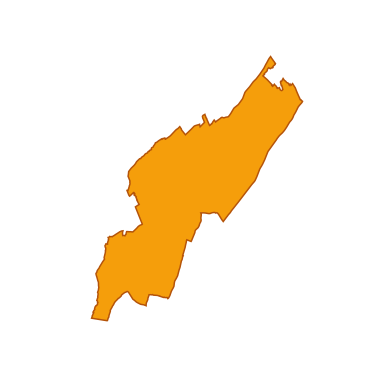 Argetoaia, Dolj, Romania (Robinson projection), rotated 293°
{"feature_id": "2599482B57573203776478", "entity_name": "Argetoaia", "entity_type": "district", "adm_level": 2, "iso_a3": "ROU", "parent_name": "Romania", "parent_adm1": "Dolj", "projection": "robinson", "projection_center": [23.353, 44.503], "detail": "fine", "context": "isolated", "style": "filled", "palette": "amber", "viewbox_px": 384, "rotation_deg": 293, "n_neighbors": 0, "source": "geoboundaries", "source_scale": "gbopen_adm2", "svg_char_len": 5966}
<svg xmlns="http://www.w3.org/2000/svg" viewBox="0 0 384 384"><g transform="rotate(293 192 192)"><path d="M317.5,258.3L318.1,258.2L318.7,258.3L319.2,256.1L319.4,256.1L319.3,255.6L319.6,255.2L319.8,255.2L320.3,254.4L320.8,254.1L321.5,253.2L323.4,251.2L325.5,249.0L328.2,246.4L331.1,242.2L328.8,241.4L329.7,240.1L328.4,239.8L329.7,238.3L329.8,237.9L329.8,236.4L330.7,234.6L330.7,234.0L331.0,233.2L332.1,231.5L328.8,231.2L328.7,230.5L327.8,230.4L324.9,232.6L325.1,233.0L324.5,233.4L323.9,234.1L322.8,234.8L321.8,235.6L320.5,235.1L320.3,234.7L320.4,233.6L320.6,233.3L321.8,232.0L322.2,231.7L320.9,230.4L321.3,229.9L321.0,229.5L322.0,228.6L322.4,227.9L322.8,226.7L323.4,225.7L320.8,225.0L321.2,223.8L321.9,223.9L324.8,217.3L326.6,211.9L327.4,212.1L327.9,212.5L328.5,212.7L328.6,212.4L329.1,212.2L331.9,213.5L332.9,213.8L334.4,213.5L335.0,213.6L336.4,214.1L336.3,214.4L336.1,215.9L336.4,216.2L337.3,216.6L337.8,217.7L338.2,217.9L338.6,217.4L340.1,217.8L341.9,218.7L342.5,218.2L342.9,218.5L346.4,212.8L347.4,211.4L345.0,210.8L343.2,210.6L339.7,210.3L338.6,210.1L334.0,209.8L326.9,208.4L321.2,206.9L317.6,205.4L316.5,205.1L311.3,203.9L305.5,202.0L304.2,201.8L298.2,202.1L297.1,202.0L290.6,200.5L286.3,198.2L285.4,197.8L279.4,197.0L277.1,196.5L275.5,196.0L275.2,195.7L274.0,193.8L272.7,192.4L272.5,190.4L271.8,189.9L271.7,189.7L270.9,189.4L266.5,186.7L265.7,186.4L266.9,184.3L264.8,183.8L263.2,183.7L262.6,183.3L262.4,183.5L261.8,183.1L260.3,182.4L260.1,182.2L264.7,177.3L265.5,176.7L265.5,176.4L265.9,175.9L266.2,175.7L266.3,175.3L266.8,175.1L267.2,174.7L267.6,174.4L268.1,173.8L268.5,173.5L266.8,172.2L265.8,172.0L265.6,172.1L264.1,173.1L263.8,173.5L261.0,176.3L255.2,174.0L256.3,173.1L257.3,172.5L257.0,172.2L256.7,172.3L255.9,170.9L254.2,168.9L253.3,168.2L249.1,166.6L242.1,163.6L245.0,158.2L245.9,157.5L247.4,155.2L244.8,154.2L243.6,153.3L242.3,152.7L235.2,150.1L232.4,148.4L231.2,147.5L230.2,147.0L230.1,146.8L231.1,145.9L230.1,144.7L229.9,144.3L229.4,144.2L229.0,144.0L228.9,143.9L229.2,143.7L229.2,143.4L226.2,141.3L224.0,140.1L223.0,139.1L222.6,139.3L221.3,139.0L220.2,138.9L219.4,138.6L218.7,138.7L218.3,138.7L217.1,137.7L216.5,137.5L216.0,137.6L215.2,138.1L214.7,137.6L213.7,136.9L213.7,136.7L213.3,136.6L212.7,136.7L212.5,136.2L212.0,135.8L210.7,135.8L209.6,134.7L208.3,133.9L206.7,133.6L204.2,132.0L202.7,131.7L202.2,130.8L198.9,129.4L198.0,129.1L196.1,128.9L193.9,128.3L190.1,126.7L186.1,125.7L183.5,126.5L181.5,127.0L178.0,130.5L177.7,130.7L176.8,130.8L176.3,131.3L175.5,131.6L174.4,131.9L173.1,131.9L172.5,132.1L168.4,132.5L168.4,131.8L168.1,131.5L164.8,134.7L164.2,135.4L163.8,136.2L164.7,136.7L168.7,138.4L168.8,138.8L168.0,140.0L167.5,139.5L167.3,139.5L167.1,139.8L166.4,140.1L166.3,140.4L166.6,141.0L166.2,141.5L166.1,142.0L165.7,142.6L165.2,142.5L163.2,144.6L163.0,144.4L161.3,146.4L159.9,148.2L156.2,145.7L143.0,158.8L142.6,158.7L140.8,156.9L139.3,156.0L136.9,155.2L132.2,153.2L131.8,152.3L131.4,150.8L130.7,149.3L130.6,148.6L130.0,147.3L128.2,147.5L127.2,147.8L126.4,147.4L125.5,147.4L125.2,145.7L124.9,145.3L125.3,145.1L125.6,144.8L126.5,144.4L127.1,144.0L129.3,143.6L128.5,142.3L127.2,141.1L123.8,138.8L123.4,138.5L121.5,137.3L120.2,136.3L119.6,136.0L119.6,135.7L119.5,135.2L119.0,134.4L118.9,133.5L118.3,133.3L117.3,133.2L117.2,132.8L116.8,133.3L115.7,133.5L115.6,133.8L112.1,134.1L111.0,134.6L110.8,133.6L110.6,133.0L109.7,133.1L109.0,132.9L108.5,132.9L107.3,133.7L106.8,134.5L105.8,134.8L104.9,135.2L103.9,135.2L103.7,135.5L103.1,135.7L101.8,136.0L97.4,136.7L97.0,136.9L96.0,137.7L92.7,137.0L87.1,136.2L85.8,136.2L83.3,135.6L82.4,135.5L80.7,135.7L79.6,135.4L78.8,135.8L77.6,136.7L76.6,137.6L73.3,140.2L72.7,140.9L70.6,142.0L69.9,142.2L67.5,143.6L66.7,143.7L64.9,144.2L62.7,144.3L62.1,145.0L61.8,145.2L60.8,145.6L58.8,146.1L58.3,146.5L56.2,146.6L54.9,146.8L54.8,147.5L54.5,147.7L54.0,147.9L53.6,148.5L53.1,148.3L52.4,148.7L51.5,148.9L50.9,148.8L50.6,148.4L49.9,148.3L49.8,148.0L48.5,147.7L46.6,147.9L46.2,148.1L45.9,148.4L45.2,148.3L44.8,148.0L43.6,148.0L42.7,147.8L42.6,148.0L42.6,148.6L41.6,148.7L41.2,148.5L39.9,148.7L39.4,148.5L38.0,148.8L36.6,148.9L40.3,163.9L40.6,164.4L43.2,164.1L44.1,164.3L44.6,164.2L46.1,163.8L46.5,163.8L47.4,163.7L50.0,163.5L50.7,163.3L51.1,163.0L51.4,163.0L54.8,163.4L55.9,163.4L57.6,163.8L59.2,163.8L61.2,164.2L64.4,165.5L65.1,165.6L65.5,166.0L66.5,166.6L68.4,167.4L69.0,167.5L69.8,167.4L71.5,168.4L72.0,168.6L72.3,168.9L73.0,169.2L74.1,170.4L74.6,170.7L75.0,171.0L75.2,171.6L75.2,171.8L74.9,172.6L74.4,173.5L70.2,179.5L69.8,181.3L69.0,183.7L68.8,185.2L68.6,187.8L68.6,188.8L69.3,191.6L69.4,194.2L70.3,193.8L72.2,193.3L74.6,193.4L75.9,193.3L77.0,192.9L79.5,192.8L80.7,192.6L81.0,193.5L81.3,193.9L81.7,195.4L82.2,195.9L82.0,196.2L82.0,196.8L83.2,200.3L83.4,201.3L83.4,202.2L83.4,202.6L83.7,202.9L83.5,203.3L83.8,207.0L84.3,207.5L84.2,208.3L85.0,210.1L85.2,210.7L85.2,211.0L84.6,211.1L84.4,211.4L84.7,211.6L85.6,211.9L88.0,212.1L92.5,211.8L94.2,211.9L95.6,212.1L97.0,212.2L98.2,212.2L101.6,211.2L103.4,210.9L106.3,211.3L109.2,211.5L115.1,210.6L117.9,210.4L124.8,209.1L125.4,209.3L126.6,209.2L128.0,208.8L129.8,208.8L129.7,208.3L134.8,207.7L138.4,207.3L140.7,206.8L143.2,206.4L145.4,205.9L146.0,205.9L146.1,210.5L146.7,210.6L155.6,210.5L157.2,210.1L158.1,210.1L159.1,210.4L161.2,211.4L162.6,211.7L164.6,211.7L165.0,211.5L166.3,211.5L168.2,211.7L169.7,211.4L171.2,210.5L172.0,210.2L174.5,209.5L175.4,209.0L176.1,208.3L177.2,210.5L177.9,212.6L178.6,215.7L179.2,217.0L180.7,218.5L181.2,219.3L181.7,220.1L182.1,221.1L181.8,221.8L182.5,222.9L182.6,223.6L181.8,225.2L178.2,230.2L177.0,232.3L185.4,234.4L188.0,235.3L190.0,235.6L200.5,238.5L222.2,244.1L226.2,245.4L227.6,245.6L231.5,245.7L239.6,245.4L241.4,245.6L242.4,245.8L245.2,246.1L250.1,246.3L258.9,246.1L272.7,249.2L274.6,249.5L277.3,250.2L278.7,250.7L281.8,252.1L284.7,253.0L288.3,253.7L293.4,254.4L294.6,254.6L296.7,255.3L298.5,255.7L300.3,255.8L302.5,255.7L306.1,256.2L311.6,256.5L313.6,257.0L317.5,258.3Z" fill="#f59e0b" stroke="#b45309" stroke-width="1.5"/></g></svg>